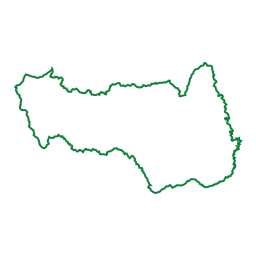 outline of Marañon, Huánuco, Peru
{"feature_id": "86281439B56657051022034", "entity_name": "Marañon", "entity_type": "district", "adm_level": 2, "iso_a3": "PER", "parent_name": "Peru", "parent_adm1": "Huánuco", "projection": "mercator", "projection_center": [-76.725, -8.733], "detail": "fine", "context": "isolated", "style": "outline", "palette": "green", "viewbox_px": 256, "rotation_deg": 0, "n_neighbors": 0, "source": "geoboundaries", "source_scale": "gbopen_adm2", "svg_char_len": 5750}
<svg xmlns="http://www.w3.org/2000/svg" viewBox="0 0 256 256"><path d="M184.0,184.5L185.8,183.2L187.6,180.9L188.8,181.1L190.9,179.2L191.6,179.1L195.1,179.4L197.2,181.3L199.4,182.7L199.8,183.8L200.7,184.6L202.4,184.7L202.5,185.8L203.9,186.2L204.9,187.3L208.1,186.9L209.2,186.3L213.1,185.4L213.5,184.6L214.8,184.6L216.1,183.7L217.0,183.9L217.7,183.2L218.7,183.0L218.8,182.3L220.0,181.5L220.6,181.8L221.7,181.2L222.9,181.3L223.8,180.8L225.6,177.2L226.1,177.1L226.8,177.6L228.1,177.4L228.3,176.4L230.5,176.2L230.8,175.0L232.7,173.3L232.8,172.3L232.2,171.5L232.5,170.5L234.3,167.1L234.7,166.9L234.8,167.5L235.1,167.1L235.3,165.4L234.4,165.1L233.7,164.4L234.7,164.0L233.9,162.9L234.6,161.8L234.8,160.6L233.9,159.3L234.8,158.0L233.7,157.8L234.0,157.2L233.4,156.6L233.3,154.5L233.6,154.4L233.9,154.8L234.4,154.1L233.9,153.6L234.2,151.4L234.8,151.7L235.4,151.1L235.0,150.8L235.9,150.0L237.6,149.5L237.0,148.8L237.1,148.5L238.6,148.6L238.4,148.1L237.7,148.2L238.0,147.1L237.4,146.4L238.7,146.6L238.8,145.5L238.5,144.9L239.1,144.6L238.2,144.3L238.0,143.4L239.3,143.2L240.2,142.1L239.4,141.8L239.3,141.5L240.6,140.7L239.5,140.4L239.1,139.4L239.1,138.1L237.6,138.9L237.4,139.5L237.1,138.7L236.4,138.4L236.2,139.5L233.9,139.8L232.6,140.8L231.5,140.2L232.3,137.4L230.5,135.1L230.7,134.5L232.0,134.1L232.3,133.5L231.7,132.9L230.3,132.6L229.8,131.8L230.3,131.3L231.4,131.7L232.4,131.4L232.9,131.1L232.9,130.7L230.5,127.7L230.3,125.9L229.7,124.9L227.2,123.3L227.1,122.5L227.8,121.1L227.7,119.4L227.1,119.1L225.8,119.6L225.1,119.0L225.1,118.3L226.0,117.8L228.6,118.9L229.2,118.5L228.1,114.3L227.3,113.4L225.1,112.1L224.9,111.5L225.2,110.3L226.1,108.9L226.0,108.3L224.9,107.8L224.7,106.7L226.3,104.5L224.0,102.3L224.5,101.0L224.2,100.2L221.6,98.4L221.7,97.8L222.9,96.7L222.6,95.8L221.4,94.9L220.8,94.9L219.3,95.9L218.3,95.8L218.7,94.1L218.5,92.8L216.3,90.4L215.5,87.1L213.8,86.0L214.8,83.2L216.4,82.0L215.9,80.7L214.2,79.7L213.2,76.9L213.1,76.2L214.0,75.7L214.3,74.9L213.0,73.3L213.1,71.5L212.1,69.6L212.2,67.2L211.3,66.0L210.4,65.7L207.4,65.8L206.2,63.7L205.3,63.1L204.4,63.0L203.5,65.3L200.7,66.1L198.6,68.3L197.6,68.9L195.2,69.6L193.6,71.7L193.1,73.5L191.5,74.9L191.4,76.2L190.6,78.0L189.8,78.8L189.8,80.6L188.9,83.0L188.8,84.5L187.2,86.5L187.6,88.1L186.9,90.1L185.1,92.8L185.4,95.0L180.2,96.3L179.6,96.2L179.6,95.1L178.9,93.9L180.0,91.7L179.7,91.0L179.2,90.6L177.7,88.1L176.7,88.2L175.6,87.7L172.7,84.8L170.7,83.6L169.6,81.7L169.8,80.8L169.1,80.5L165.4,82.6L163.7,82.3L162.0,83.0L160.1,82.6L158.2,83.4L157.0,83.5L156.0,83.0L155.8,83.7L154.6,83.3L152.0,84.1L151.4,83.9L151.1,84.6L150.0,85.7L148.1,85.2L147.5,85.7L145.4,86.2L144.9,85.5L143.0,85.2L142.7,86.5L141.1,87.2L139.3,87.5L136.3,86.6L134.8,84.8L133.1,84.0L132.5,84.0L130.5,85.9L127.8,84.9L125.1,86.4L123.2,85.3L121.8,85.9L120.7,85.7L119.5,83.2L117.9,83.1L115.0,84.5L114.1,84.7L113.1,84.2L112.4,84.3L111.2,85.6L110.2,86.0L110.2,87.5L109.6,88.2L109.4,90.2L108.3,91.2L106.3,91.6L106.2,93.9L105.8,94.4L104.6,93.9L103.8,92.7L101.9,92.7L101.3,92.0L99.5,93.5L99.6,94.5L99.4,94.8L98.2,94.2L95.5,95.1L91.6,94.5L91.4,93.6L90.3,92.4L90.8,91.4L89.5,90.9L89.0,90.2L87.9,90.1L87.4,90.5L87.0,91.5L85.8,92.1L85.4,93.0L83.3,93.2L79.8,92.2L76.5,88.6L74.1,89.6L72.5,89.2L71.8,90.0L71.3,91.7L68.8,91.8L67.6,91.0L67.5,90.1L66.7,89.6L66.6,88.6L63.9,88.0L63.6,87.7L63.6,86.3L61.9,86.1L60.5,84.4L60.7,83.6L61.7,83.0L61.8,81.4L62.8,80.3L62.7,78.9L62.4,78.4L60.8,77.4L58.5,78.6L58.2,77.6L57.1,76.9L56.4,77.1L55.1,76.7L54.8,77.5L54.1,77.7L50.8,77.0L50.3,76.0L51.0,75.1L51.2,74.1L52.1,73.3L52.6,71.7L52.6,69.8L52.1,68.8L51.9,69.5L50.0,71.3L47.3,73.1L46.3,74.1L44.0,75.0L42.5,76.7L40.1,76.9L38.3,78.0L35.9,77.5L34.7,76.9L32.0,76.6L26.0,74.4L25.7,75.2L24.6,76.0L24.3,77.4L23.4,78.9L23.4,80.3L22.3,82.1L21.4,82.7L20.2,84.4L19.7,84.4L18.9,85.1L17.0,85.3L15.5,86.7L15.4,87.0L16.3,87.1L16.7,88.0L15.8,89.8L16.1,90.8L16.8,91.5L16.7,92.2L17.9,94.2L19.6,95.2L19.5,96.9L21.1,99.1L21.2,100.5L20.6,102.6L20.8,104.2L20.3,105.1L20.5,105.9L19.9,106.7L20.1,108.6L21.8,110.1L25.0,110.1L26.7,111.0L27.2,112.4L26.8,113.0L26.6,114.7L28.5,117.9L28.3,118.8L28.8,120.0L28.6,120.9L29.6,121.9L29.3,123.4L29.6,125.1L28.9,125.8L29.2,126.9L32.4,129.6L33.3,130.0L34.2,134.1L33.7,134.9L34.1,135.1L34.6,136.2L37.6,138.0L38.8,140.4L39.7,144.6L41.8,147.2L44.1,148.3L45.9,147.2L46.7,145.3L48.8,143.7L47.7,141.1L49.2,136.9L50.8,137.9L53.4,137.9L54.5,136.6L57.7,136.2L58.5,134.9L60.9,136.7L62.4,136.3L62.7,137.3L63.8,137.6L63.9,138.8L65.0,139.0L66.7,141.6L67.8,142.0L67.9,143.0L68.5,143.8L69.7,143.9L69.7,144.8L71.9,145.6L72.2,146.1L71.9,147.7L71.3,148.1L71.4,148.5L73.9,150.2L75.4,149.8L77.0,151.5L78.4,151.3L79.2,150.0L79.9,149.9L81.7,150.8L83.0,152.1L83.6,150.8L84.4,150.4L85.2,149.1L86.0,148.9L87.1,149.8L88.5,149.6L91.3,150.9L92.9,149.0L94.1,149.8L95.7,149.8L97.4,151.7L98.3,151.9L99.2,151.6L99.7,153.8L100.1,154.2L104.2,154.3L106.5,154.9L107.1,154.3L106.9,153.1L107.5,151.9L110.5,151.2L110.9,150.7L112.4,150.3L114.3,148.5L116.6,148.2L117.6,149.4L119.1,149.4L120.2,149.9L121.6,150.1L122.4,151.1L123.4,151.7L123.7,152.7L124.6,154.2L125.6,153.3L126.8,153.6L128.1,156.3L129.8,158.3L130.3,158.0L130.5,157.4L131.8,155.9L132.4,155.8L133.2,156.5L135.0,158.9L134.6,160.1L135.1,161.2L136.1,161.9L136.1,162.8L136.5,163.5L136.4,164.2L137.5,164.2L138.6,164.8L138.9,165.5L139.0,167.0L139.4,167.8L141.2,167.9L142.1,168.3L142.4,169.2L141.7,170.3L143.0,171.3L143.4,172.0L143.3,172.8L144.5,173.5L145.4,176.4L147.5,179.0L147.6,180.9L148.4,181.7L149.2,183.9L150.6,185.2L149.4,185.5L148.2,187.2L148.8,188.0L150.0,188.4L151.4,190.8L153.6,192.3L155.5,193.0L159.6,191.8L161.7,189.6L164.4,188.5L166.4,186.3L166.9,186.2L167.9,186.5L170.1,185.0L171.2,186.1L172.1,187.5L172.7,187.7L174.6,186.5L175.3,186.5L176.7,185.3L181.8,185.4L184.0,184.5Z" fill="none" stroke="#15803d" stroke-width="2"/></svg>